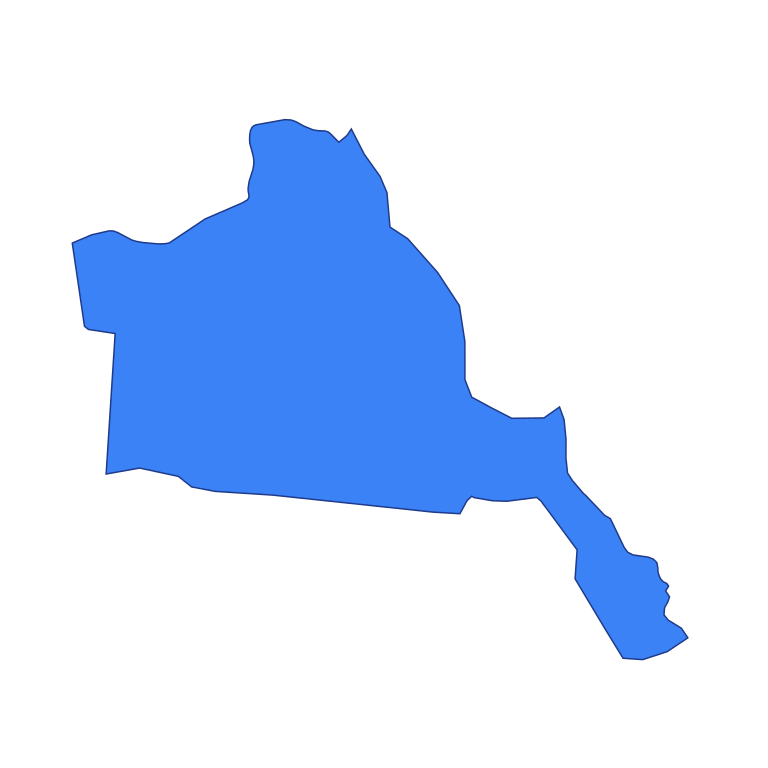 the border of Mamou, rotated 94°
{"feature_id": "GIN-5653", "entity_name": "Mamou", "entity_type": "Prefecture", "adm_level": 1, "iso_a3": "GIN", "parent_name": "Guinea", "parent_adm1": "", "projection": "mercator", "projection_center": [-11.878, 10.604], "detail": "fine", "context": "isolated", "style": "filled", "palette": "blue", "viewbox_px": 768, "rotation_deg": 94, "n_neighbors": 0, "source": "natural_earth", "source_scale": "10m", "svg_char_len": 1533}
<svg xmlns="http://www.w3.org/2000/svg" viewBox="0 0 768 768"><g transform="rotate(94 384 384)"><path d="M493.2,654.9L352.4,655.7L350.2,682.7L347.3,686.8L265.2,704.8L265.1,704.7L255.6,686.1L250.4,668.9L250.2,664.7L251.5,660.2L258.0,645.5L259.0,640.9L259.7,634.3L260.0,619.3L259.4,612.6L258.3,608.1L231.8,573.9L213.2,538.0L209.9,533.2L208.2,532.2L206.7,531.8L205.3,531.9L200.7,533.0L197.8,533.2L191.4,532.7L179.5,529.8L175.1,529.3L170.4,529.4L165.9,530.3L153.1,534.7L149.1,535.2L144.7,535.3L140.7,534.9L137.2,533.6L135.4,531.8L134.3,529.5L127.2,501.4L127.1,495.2L128.4,490.4L132.4,481.7L135.4,472.6L135.9,467.7L135.7,460.5L136.4,457.3L137.9,455.1L146.0,445.9L138.6,438.2L131.9,434.4L156.2,419.7L177.2,402.4L192.9,394.4L227.0,389.0L237.5,370.4L269.0,338.3L300.5,314.3L335.9,306.3L373.9,303.6L391.0,295.6L400.1,275.6L409.3,254.2L406.7,222.1L394.7,207.3L406.9,201.9L426.3,198.6L445.4,197.3L460.0,194.7L467.2,189.3L479.6,177.1L480.8,175.3L499.7,154.7L502.5,148.8L530.1,133.1L534.7,129.3L537.1,123.9L538.3,108.2L540.0,102.9L543.3,99.3L548.3,98.0L552.3,97.6L555.1,96.6L558.9,94.7L561.6,91.9L563.3,88.0L565.8,86.0L570.8,88.6L576.4,84.3L581.7,85.7L587.5,88.5L594.7,88.6L599.6,84.2L606.9,70.3L616.0,63.2L631.2,82.8L640.9,106.7L640.9,126.4L613.3,146.1L565.0,179.8L536.0,179.8L495.4,214.4L492.2,217.3L490.0,218.9L486.5,223.8L492.4,253.3L492.9,267.7L491.1,285.9L489.9,288.7L494.7,293.1L508.1,299.2L508.4,326.0L502.6,487.2L502.9,544.9L500.1,568.7L490.5,582.7L484.9,622.0L493.2,654.9Z" fill="#3b82f6" stroke="#1e3a8a" stroke-width="1.5"/></g></svg>